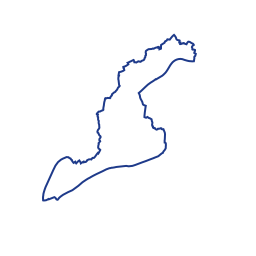 the district of Ibadan North East, Oyo, Nigeria, rotated 211°
{"feature_id": "59680162B74859155842016", "entity_name": "Ibadan North East", "entity_type": "district", "adm_level": 2, "iso_a3": "NGA", "parent_name": "Nigeria", "parent_adm1": "Oyo", "projection": "equal_earth", "projection_center": [3.928, 7.378], "detail": "fine", "context": "isolated", "style": "outline", "palette": "blue", "viewbox_px": 256, "rotation_deg": 211, "n_neighbors": 0, "source": "geoboundaries", "source_scale": "gbopen_adm2", "svg_char_len": 5901}
<svg xmlns="http://www.w3.org/2000/svg" viewBox="0 0 256 256"><g transform="rotate(211 128 128)"><path d="M163.5,22.3L163.1,22.5L162.8,22.5L161.1,23.8L160.0,25.4L159.7,26.1L159.3,26.0L159.2,26.0L155.5,30.8L154.6,30.8L153.3,30.4L152.7,30.0L152.1,30.0L151.6,30.1L151.3,30.4L151.0,32.9L150.3,34.9L149.2,37.4L146.3,42.2L143.8,45.8L143.5,46.4L140.8,52.8L139.1,58.0L138.6,59.1L137.2,62.1L136.0,64.4L135.2,65.6L134.7,66.6L133.2,69.2L131.2,72.4L127.5,77.9L125.3,81.4L123.2,84.0L122.3,84.7L121.6,85.5L121.2,85.7L119.6,87.0L117.9,88.6L110.0,94.6L107.7,95.5L104.7,97.8L102.7,100.1L98.2,105.8L95.8,108.7L92.3,113.2L90.3,115.7L90.3,115.8L87.5,119.4L86.0,123.6L85.7,124.1L85.3,124.6L85.4,125.0L85.5,126.2L85.2,128.0L85.2,128.8L85.2,129.9L85.4,130.4L86.0,131.4L86.4,132.3L87.2,133.6L87.7,134.3L88.0,134.5L88.4,134.6L89.1,134.4L90.2,136.2L90.6,137.2L93.1,141.8L93.7,142.5L94.1,143.0L97.0,145.2L97.5,144.7L98.5,144.4L99.1,144.9L99.7,144.8L100.5,143.8L102.0,142.7L102.0,142.1L102.7,141.3L104.1,141.2L104.7,141.7L105.6,141.6L106.1,141.1L106.9,141.3L107.2,142.0L107.7,142.4L108.2,142.3L109.0,143.1L109.4,144.2L110.0,145.4L111.0,146.1L112.3,147.6L114.1,147.6L115.6,147.3L117.0,147.5L117.8,146.1L119.5,145.8L120.1,146.8L121.6,150.0L123.5,154.4L124.2,156.2L125.7,155.9L126.9,155.8L127.4,156.0L129.3,157.8L132.5,159.7L133.6,160.7L134.1,161.4L134.8,162.1L135.5,162.7L136.8,163.5L135.9,166.2L134.3,172.0L133.3,175.4L131.9,178.7L130.9,180.6L129.6,183.4L129.5,184.0L129.0,184.1L125.6,190.4L125.1,191.8L124.4,194.5L124.2,196.1L124.1,198.2L124.1,203.6L123.9,205.8L123.6,207.5L123.1,208.9L122.4,210.4L121.5,211.7L120.3,213.0L118.7,214.2L116.9,215.0L114.5,215.5L111.9,216.2L110.1,216.8L107.7,218.0L105.9,219.1L106.0,219.6L106.4,220.3L106.8,221.4L107.2,222.3L107.6,222.7L107.8,223.1L107.8,223.4L107.8,223.6L107.5,224.4L107.5,224.6L107.7,225.0L107.8,225.6L108.1,226.5L109.3,226.5L109.7,226.5L109.9,226.5L110.3,228.4L110.3,228.7L110.7,229.3L110.8,229.4L111.4,229.3L112.3,228.9L113.0,228.5L113.3,228.5L113.7,229.2L114.1,229.7L114.8,230.1L115.0,230.6L115.0,231.3L114.8,232.3L114.7,232.6L114.5,232.8L114.4,233.1L115.1,233.5L115.8,233.7L117.3,233.5L119.1,233.6L119.7,233.5L120.7,233.1L120.8,233.0L121.0,232.2L121.1,230.9L121.0,229.9L122.5,229.5L123.2,229.6L123.6,229.6L124.0,229.5L124.3,229.3L124.2,228.9L124.4,228.7L125.0,228.4L125.2,228.2L125.9,227.2L126.3,226.9L126.5,226.8L126.6,227.0L127.0,227.9L127.1,228.1L128.0,227.6L128.3,227.9L128.6,229.4L128.8,229.6L129.0,229.6L129.6,229.4L130.9,228.9L131.3,228.9L131.6,228.9L132.0,229.0L132.7,229.4L133.2,230.0L134.0,230.5L135.5,231.2L136.5,231.5L136.9,230.4L137.2,229.2L137.4,228.0L137.7,225.5L137.9,225.5L138.1,225.1L138.3,224.9L139.0,224.7L139.9,224.3L139.9,223.0L140.0,222.6L140.2,222.3L140.5,221.8L140.7,221.7L140.8,221.3L140.8,220.6L140.6,220.2L140.6,219.9L142.4,216.3L142.0,215.4L140.6,213.0L140.6,212.9L141.6,211.7L142.5,213.1L143.2,212.4L143.7,213.2L143.9,213.1L144.8,211.9L145.8,210.9L146.8,209.2L147.2,209.2L147.7,208.9L147.8,208.7L148.4,207.9L150.9,206.2L151.5,205.2L152.2,203.6L152.3,203.1L151.6,201.6L151.3,201.3L150.9,201.1L150.7,200.8L150.6,200.3L150.2,199.8L150.1,199.5L150.3,198.9L150.3,198.6L149.9,198.0L149.8,197.9L149.7,197.6L149.6,197.2L149.8,196.6L149.8,196.4L149.4,195.3L149.5,194.4L149.7,194.1L150.1,193.5L150.7,192.8L151.0,192.4L151.0,192.0L151.1,191.7L151.4,191.2L151.7,191.0L152.4,190.9L152.9,190.6L153.3,190.6L153.7,190.2L154.6,188.4L155.6,188.1L156.2,187.7L156.4,187.6L157.0,188.3L157.5,188.6L158.2,189.2L158.3,189.2L159.6,187.1L160.5,185.8L161.8,183.8L161.9,183.7L160.5,182.9L160.6,182.5L161.3,181.0L161.6,180.4L162.3,179.3L162.9,178.6L163.5,178.0L163.0,177.3L162.8,177.4L162.6,177.4L161.0,175.7L161.5,174.6L162.3,173.5L163.1,172.5L164.4,171.3L164.1,170.4L163.2,168.1L162.7,168.3L162.3,166.4L161.7,165.3L161.4,164.8L160.7,164.1L157.7,160.2L157.4,160.0L156.8,159.8L156.8,159.5L156.9,158.7L157.3,157.8L157.3,157.2L157.2,156.1L157.1,155.5L157.3,154.2L157.5,153.5L157.5,152.6L157.6,152.3L158.4,151.0L158.7,149.8L159.1,148.7L158.9,148.1L158.7,147.8L158.6,147.6L158.7,147.2L158.9,146.5L159.0,145.5L158.7,144.7L158.8,144.3L159.5,144.1L160.2,143.6L161.3,143.1L161.6,142.5L161.8,142.2L162.7,142.0L162.8,141.8L162.7,141.0L162.1,139.7L161.7,138.1L160.8,135.9L160.4,135.1L159.6,132.9L159.0,131.6L158.6,131.1L158.5,130.9L158.6,130.5L158.8,130.0L159.2,129.7L159.6,129.2L160.4,127.8L160.8,127.5L161.6,126.9L161.9,125.3L161.9,125.1L161.9,124.9L162.1,124.5L162.1,124.3L162.1,124.2L161.9,123.9L161.8,123.7L161.7,123.7L161.4,123.8L161.2,124.0L160.8,124.1L160.6,124.0L160.6,123.9L160.6,123.2L160.0,122.2L159.8,122.0L159.3,122.0L159.0,121.6L158.5,120.7L158.0,119.9L157.6,119.5L156.8,119.1L156.6,118.9L156.4,118.3L155.8,117.3L155.3,116.7L154.4,116.0L154.2,115.7L153.9,115.2L153.2,114.2L152.9,113.9L152.5,112.8L152.7,111.1L152.7,110.6L152.5,109.6L152.4,109.2L152.2,108.9L151.9,108.7L151.6,108.4L151.2,108.5L150.8,108.4L150.5,108.2L150.1,107.9L149.8,107.6L149.5,107.5L149.2,107.2L148.5,106.9L147.6,106.8L147.2,106.6L146.8,106.1L146.7,105.7L146.7,105.2L146.8,104.7L146.8,104.3L146.8,103.7L146.7,103.5L146.3,102.8L145.6,102.7L145.0,102.3L145.4,99.8L144.8,99.3L144.4,97.7L143.6,96.0L143.1,95.6L142.7,95.3L142.4,95.3L142.1,95.2L141.6,95.2L140.5,94.9L140.3,92.3L140.3,90.9L141.0,91.1L141.2,89.9L141.5,86.2L141.7,85.3L141.8,84.9L141.9,84.7L142.3,84.6L143.0,84.1L143.1,83.7L143.2,82.2L143.7,82.1L144.0,81.9L145.5,80.8L146.5,79.1L146.5,78.9L146.3,78.5L146.7,77.2L148.0,76.1L148.4,75.7L148.8,76.2L149.7,74.7L149.9,74.2L150.2,73.4L151.0,74.1L153.0,75.1L153.3,74.4L153.6,73.7L154.2,71.0L155.0,71.3L155.9,71.9L156.6,70.1L157.1,70.2L158.8,70.9L159.4,71.6L160.5,71.6L161.3,72.2L161.6,72.3L162.2,72.1L162.5,72.0L162.8,72.0L163.9,72.3L164.2,72.2L164.8,71.8L165.4,71.6L165.8,71.3L167.0,69.6L167.9,68.4L169.1,66.4L170.4,62.8L170.8,58.4L170.4,53.6L168.2,34.7L167.7,32.2L167.0,29.4L166.5,27.8L165.9,26.6L165.5,25.5L165.2,25.1L165.0,24.5L163.5,22.3Z" fill="none" stroke="#1e3a8a" stroke-width="2"/></g></svg>